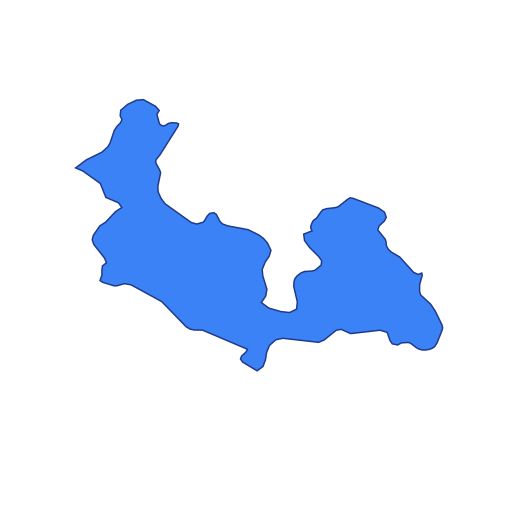 the border of Sondrio, rotated 35°
{"feature_id": "ITA-5444", "entity_name": "Sondrio", "entity_type": "Province", "adm_level": 1, "iso_a3": "ITA", "parent_name": "Italy", "parent_adm1": "", "projection": "natural_earth1", "projection_center": [9.94, 46.319], "detail": "fine", "context": "isolated", "style": "filled", "palette": "blue", "viewbox_px": 512, "rotation_deg": 35, "n_neighbors": 0, "source": "natural_earth", "source_scale": "10m", "svg_char_len": 2381}
<svg xmlns="http://www.w3.org/2000/svg" viewBox="0 0 512 512"><g transform="rotate(35 256 256)"><path d="M57.7,287.3L61.9,274.5L70.2,259.4L72.0,251.6L71.6,247.0L67.9,234.4L67.8,229.3L68.6,224.8L68.0,221.2L64.3,219.0L61.6,214.2L63.9,205.4L68.7,196.9L74.1,192.5L87.8,191.0L93.3,192.3L93.5,196.7L100.6,202.7L102.7,203.5L105.8,202.5L107.2,200.3L108.1,197.8L110.1,195.5L114.6,192.6L116.8,192.2L117.7,194.4L119.3,228.5L118.9,234.0L119.4,236.0L121.4,237.7L127.6,240.7L130.1,242.5L135.7,255.4L139.2,259.7L145.2,263.3L151.7,265.4L183.8,265.7L189.1,263.8L193.4,258.6L193.5,255.8L193.1,251.7L193.6,247.7L196.7,244.7L199.7,244.7L206.5,248.3L210.1,249.0L215.9,247.4L234.6,238.9L246.8,237.1L252.3,237.4L258.0,238.8L265.0,242.8L266.9,248.6L267.0,255.7L268.8,263.5L273.0,268.4L284.0,277.0L286.9,283.1L287.1,291.1L296.4,291.3L308.2,287.3L316.0,283.0L319.7,276.2L316.1,269.8L304.5,259.4L302.0,255.5L300.9,252.5L301.0,249.2L302.4,244.4L304.6,240.9L310.4,236.3L312.5,233.9L314.6,226.1L312.5,222.2L307.7,220.5L295.1,218.3L286.9,215.5L282.5,210.7L287.5,203.3L285.0,201.9L283.7,199.9L283.0,197.3L282.6,194.0L283.9,190.2L283.9,182.4L284.3,179.8L286.7,176.7L292.7,171.4L295.0,168.7L298.5,157.1L299.7,154.4L302.4,153.1L328.9,146.4L336.1,146.4L340.5,149.6L341.1,153.6L339.6,160.9L340.8,164.8L352.4,168.2L354.6,170.0L356.0,171.8L357.8,173.4L361.0,174.7L364.6,175.2L374.3,174.4L394.4,179.0L399.4,178.1L401.6,174.9L403.2,176.4L406.2,184.9L407.4,187.0L410.2,191.0L411.9,192.5L413.4,193.5L426.7,195.3L434.6,198.4L447.9,205.8L450.1,207.8L451.0,210.2L451.7,212.9L454.1,223.2L454.3,227.5L453.9,229.0L453.3,230.4L452.3,232.0L451.4,233.2L448.6,235.9L446.5,237.3L445.4,237.9L442.8,238.8L439.6,239.1L433.0,238.8L431.6,239.0L429.8,239.9L424.9,243.8L423.1,247.6L418.0,249.8L414.1,248.3L407.2,243.3L400.1,245.7L378.0,265.3L367.9,267.2L364.3,270.8L360.0,285.7L356.8,290.8L325.2,308.0L320.3,313.2L318.3,321.6L320.0,328.8L323.3,335.7L325.1,342.4L322.8,349.4L306.0,350.6L302.4,349.3L301.6,346.4L302.9,340.3L302.4,337.3L254.7,347.4L247.7,352.1L243.9,353.7L239.2,354.0L204.9,347.4L170.1,351.3L164.0,354.2L159.3,360.0L157.0,361.8L145.5,365.5L142.3,365.6L140.8,360.1L137.9,356.0L135.9,352.2L137.4,347.3L132.9,344.5L116.6,339.6L112.5,336.6L110.9,332.4L110.8,320.9L113.5,314.3L113.7,312.6L115.5,300.2L118.3,293.2L112.9,291.3L99.4,294.1L86.9,285.9L65.4,285.7L57.7,287.3Z" fill="#3b82f6" stroke="#1e3a8a" stroke-width="1.5"/></g></svg>